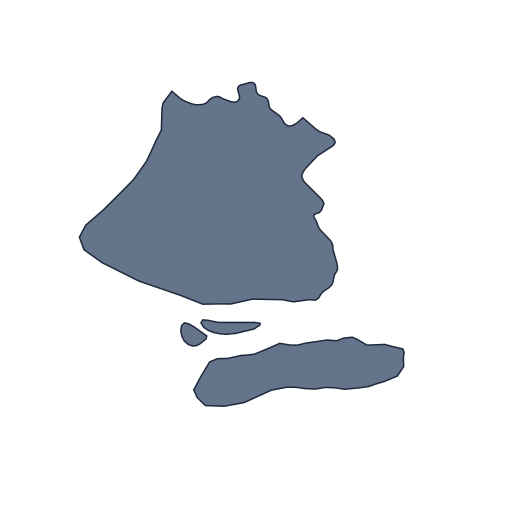 the border of Shanghai, rotated 142°
{"feature_id": "CHN-1819", "entity_name": "Shanghai", "entity_type": "Municipality", "adm_level": 1, "iso_a3": "CHN", "parent_name": "China", "parent_adm1": "", "projection": "equal_earth", "projection_center": [121.333, 31.266], "detail": "fine", "context": "isolated", "style": "filled", "palette": "slate", "viewbox_px": 512, "rotation_deg": 142, "n_neighbors": 0, "source": "natural_earth", "source_scale": "10m", "svg_char_len": 2719}
<svg xmlns="http://www.w3.org/2000/svg" viewBox="0 0 512 512"><g transform="rotate(142 256 256)"><path d="M236.5,184.7L241.2,189.0L254.7,196.8L261.9,205.1L285.2,224.1L305.4,233.7L314.5,240.9L327.6,250.8L340.1,272.0L363.8,308.5L381.4,345.5L387.7,366.8L383.6,379.6L371.1,385.1L348.2,386.3L329.6,388.5L305.5,391.6L284.5,397.9L272.4,403.9L264.0,408.4L253.1,413.5L238.8,430.6L234.7,433.9L220.8,437.6L218.7,426.7L216.3,420.9L212.7,415.1L211.4,413.5L209.3,411.4L205.5,408.7L204.0,408.0L202.4,407.5L200.7,407.2L199.0,407.3L196.1,407.9L194.2,407.8L192.0,407.4L188.8,406.0L187.2,404.5L186.3,402.9L185.4,400.5L180.3,392.3L177.8,390.2L175.7,389.3L174.2,389.5L172.8,390.0L171.6,390.8L170.7,391.9L170.0,393.5L168.7,396.8L168.0,398.3L167.1,399.5L165.8,400.2L164.4,400.5L162.9,400.2L153.8,396.4L151.9,394.8L151.0,393.0L151.3,391.3L151.9,389.8L154.4,385.6L154.8,383.8L154.8,382.0L154.1,380.1L150.9,375.2L150.5,373.9L150.5,372.4L150.9,370.7L151.6,369.2L153.2,366.5L153.8,364.9L154.0,363.1L153.8,361.4L151.1,352.1L151.0,350.3L151.1,348.4L151.8,344.5L151.8,342.2L151.0,339.4L149.7,337.9L148.2,336.8L144.8,335.9L141.2,335.6L134.0,336.1L130.9,320.2L129.3,314.8L123.8,305.9L122.5,300.1L122.9,298.6L123.6,296.9L124.8,296.1L126.2,295.7L127.8,295.5L145.7,297.1L163.8,294.4L167.9,292.8L170.5,291.2L171.3,289.7L171.8,287.9L172.2,286.0L172.3,284.1L169.5,261.3L169.4,259.4L169.6,257.5L170.2,255.5L176.2,251.8L177.7,251.5L179.2,251.3L180.7,251.6L182.7,252.4L183.9,252.7L185.6,252.3L186.2,251.2L186.5,250.3L187.0,246.8L187.4,245.1L188.3,242.6L189.0,239.5L189.2,237.4L189.2,235.8L188.8,232.2L187.8,221.5L188.8,217.3L191.5,213.4L196.7,200.4L198.5,197.3L200.0,195.3L201.2,194.6L205.3,193.0L206.6,192.2L211.6,187.9L212.3,187.5L214.6,186.5L217.7,186.1L224.8,186.6L228.2,186.0L232.8,184.3L236.5,184.7ZM355.6,147.8L373.4,157.1L387.9,169.2L389.5,180.6L387.4,188.9L372.0,195.7L357.5,201.1L349.4,198.7L341.3,192.7L328.7,186.7L324.0,183.4L317.9,179.7L301.3,175.1L291.1,172.6L284.0,164.9L278.3,160.3L270.5,156.7L251.6,146.0L244.7,139.6L237.4,137.3L230.2,132.8L227.5,127.8L223.5,117.5L208.9,107.0L204.5,101.0L200.0,95.5L197.5,92.3L198.8,88.6L202.0,85.7L207.7,78.0L218.3,74.4L232.1,78.1L241.5,81.8L247.2,83.6L256.1,88.7L268.3,96.5L274.4,103.0L282.5,109.9L291.0,114.5L299.1,121.4L303.9,126.5L307.5,129.7L312.8,133.8L326.5,140.8L355.6,147.8ZM336.4,221.7L339.2,226.3L341.1,231.8L340.6,237.1L337.4,238.5L333.9,235.4L326.5,226.8L297.6,204.2L294.2,200.4L295.8,199.0L298.5,199.5L302.2,199.6L319.5,207.4L327.7,212.6L332.5,217.1L336.4,221.7ZM354.3,221.3L358.1,222.0L361.4,224.1L363.8,227.9L364.8,233.4L363.7,238.8L361.1,243.7L357.5,246.9L353.6,247.4L350.9,244.2L348.5,238.4L344.0,223.3L346.4,221.4L354.3,221.3Z" fill="#64748b" stroke="#1e293b" stroke-width="1.5"/></g></svg>